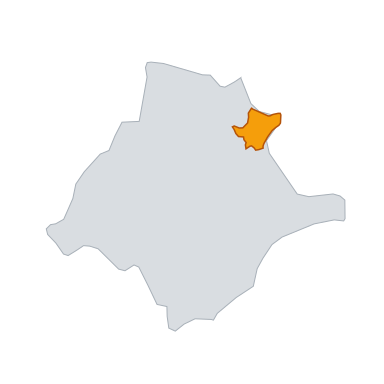 where Kačanik sits in Kosovo, rotated 261°
{"feature_id": "KOS-5915", "entity_name": "Kačanik", "entity_type": "District", "adm_level": 1, "iso_a3": "XKX", "parent_name": "Kosovo", "parent_adm1": "", "projection": "orthographic", "projection_center": [21.226, 42.206], "detail": "fine", "context": "in_parent", "style": "filled", "palette": "amber", "viewbox_px": 384, "rotation_deg": 261, "n_neighbors": 0, "source": "natural_earth", "source_scale": "10m", "svg_char_len": 1597}
<svg xmlns="http://www.w3.org/2000/svg" viewBox="0 0 384 384"><g transform="rotate(261 192 192)"><path d="M106.7,133.9L126.2,127.7L129.0,123.3L124.7,113.5L127.3,107.5L150.6,90.4L154.5,82.6L156.0,76.5L152.9,69.9L148.6,59.7L150.8,55.4L162.8,49.6L172.6,42.8L178.4,42.3L181.9,47.2L181.9,52.3L185.1,61.0L192.2,65.6L204.2,73.3L218.0,78.5L228.9,88.8L243.8,107.3L246.0,116.5L259.5,124.7L271.9,133.8L270.0,150.9L312.6,165.6L322.2,165.5L326.8,168.0L326.7,171.9L323.4,183.9L306.1,220.6L304.6,228.3L292.1,236.3L290.4,240.9L294.0,251.0L297.3,258.1L297.1,258.0L270.1,264.0L261.0,271.0L255.6,283.2L253.9,289.5L249.1,289.7L241.1,283.4L231.1,273.6L218.1,274.4L173.5,295.6L169.1,306.7L168.0,331.0L164.9,337.6L160.1,341.7L141.7,339.0L139.7,337.3L142.2,328.1L141.4,307.7L133.4,273.9L127.6,262.8L115.5,251.7L106.1,244.4L89.3,237.8L80.9,219.2L68.2,198.0L62.1,193.1L63.1,191.1L66.3,175.2L62.8,163.6L57.2,153.7L61.2,147.8L73.0,148.0L82.8,149.3L86.4,139.9L106.7,133.9Z" fill="#d9dde1" stroke="#a8b0b8" stroke-width="1"/><path d="M265.5,264.0L264.4,264.9L255.2,279.1L255.0,281.0L255.3,282.2L255.8,283.3L256.0,285.1L256.2,289.4L256.1,289.9L255.9,291.4L254.2,291.8L247.4,290.4L246.2,290.1L244.8,288.8L244.2,288.1L242.8,285.1L240.2,280.8L234.6,275.3L228.6,270.6L226.5,269.5L225.4,269.2L224.2,269.1L223.4,264.6L223.4,261.4L225.8,260.3L228.2,258.1L228.2,256.5L226.2,252.1L230.2,252.1L232.3,253.2L235.5,251.5L238.3,251.5L239.5,246.6L242.8,244.5L247.2,243.4L250.0,242.1L250.6,244.0L247.8,248.7L247.4,252.2L251.5,257.7L257.0,259.6L261.1,260.0L265.5,263.9L265.5,264.0Z" fill="#f59e0b" stroke="#b45309" stroke-width="1.5"/></g></svg>